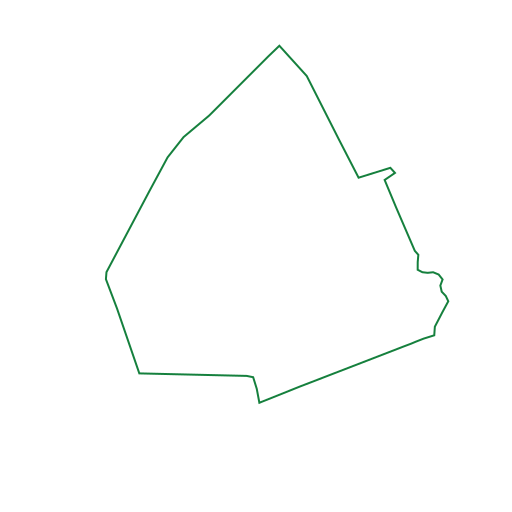 Ielmo Marinho, Rio Grande do Norte, Brazil (Natural Earth projection), rotated 57°
{"feature_id": "56859067B90563935489719", "entity_name": "Ielmo Marinho", "entity_type": "district", "adm_level": 2, "iso_a3": "BRA", "parent_name": "Brazil", "parent_adm1": "Rio Grande do Norte", "projection": "natural_earth1", "projection_center": [-35.525, -5.792], "detail": "fine", "context": "isolated", "style": "outline", "palette": "green", "viewbox_px": 512, "rotation_deg": 57, "n_neighbors": 0, "source": "geoboundaries", "source_scale": "gbopen_adm2", "svg_char_len": 711}
<svg xmlns="http://www.w3.org/2000/svg" viewBox="0 0 512 512"><g transform="rotate(57 256 256)"><path d="M92.4,121.9L94.3,131.8L95.3,137.0L112.7,218.7L116.8,251.9L125.1,276.4L143.7,310.4L188.1,390.2L193.7,394.5L224.5,401.2L290.9,417.8L351.5,329.1L356.1,324.4L367.8,327.7L380.9,333.1L389.5,289.7L391.7,279.4L412.2,181.9L414.0,173.7L414.9,168.7L416.6,160.4L419.6,149.7L412.7,144.5L404.6,130.2L398.7,119.4L392.9,118.6L387.1,119.7L381.2,117.5L377.3,112.3L371.0,112.9L366.1,116.3L363.6,121.2L360.2,125.3L355.6,127.9L349.2,123.7L343.4,119.2L338.2,120.0L306.5,114.6L291.3,112.0L262.3,106.7L262.0,94.2L255.2,95.3L246.2,127.3L203.4,123.0L132.7,115.4L92.4,121.9Z" fill="none" stroke="#15803d" stroke-width="2"/></g></svg>